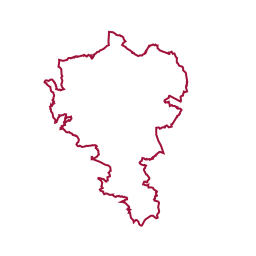 Valle de Guadalupe, Jalisco, Mexico, rotated 255°
{"feature_id": "50627088B71389499937182", "entity_name": "Valle de Guadalupe", "entity_type": "district", "adm_level": 2, "iso_a3": "MEX", "parent_name": "Mexico", "parent_adm1": "Jalisco", "projection": "albers", "projection_center": [-102.657, 21.043], "detail": "fine", "context": "isolated", "style": "outline", "palette": "rose", "viewbox_px": 256, "rotation_deg": 255, "n_neighbors": 0, "source": "geoboundaries", "source_scale": "gbopen_adm2", "svg_char_len": 5783}
<svg xmlns="http://www.w3.org/2000/svg" viewBox="0 0 256 256"><g transform="rotate(255 128 128)"><path d="M191.4,60.7L188.9,62.4L187.9,63.6L183.9,63.2L182.6,63.8L181.7,65.0L179.5,65.0L178.2,65.0L176.8,63.9L175.3,63.5L174.5,62.3L172.8,63.3L172.5,62.7L171.4,63.0L171.6,62.2L170.6,62.3L170.3,61.1L169.1,60.5L169.2,60.1L170.5,59.7L168.6,58.6L168.6,58.2L167.4,58.4L166.7,57.9L166.4,58.3L163.9,58.0L161.6,58.9L157.6,58.5L154.8,60.0L152.0,59.0L152.1,60.2L153.1,60.0L153.5,60.7L153.3,61.3L156.2,63.4L156.4,64.4L158.2,64.9L157.9,65.8L157.4,66.1L157.3,68.4L157.8,70.6L157.1,71.7L154.9,71.0L154.4,70.7L154.4,70.1L152.7,69.5L154.1,71.9L153.6,74.3L153.7,75.9L151.7,75.8L150.0,73.7L150.1,73.2L150.7,73.1L151.0,72.7L149.7,69.4L150.3,69.3L149.9,68.5L150.6,68.1L150.0,67.5L149.3,67.8L148.0,67.3L148.6,68.1L147.2,68.0L147.1,64.5L145.6,64.2L145.7,63.0L144.4,62.5L144.3,65.2L143.2,65.5L142.4,66.2L140.3,67.1L139.4,68.3L139.4,70.1L138.6,70.4L136.9,72.6L135.6,72.8L135.3,73.9L134.6,74.3L134.5,75.4L133.7,75.6L133.1,76.7L128.9,77.7L129.1,77.6L128.3,76.9L127.2,76.3L126.6,74.8L125.4,73.9L123.5,74.8L123.1,75.8L123.4,76.9L121.5,78.8L121.3,81.9L121.6,83.4L121.1,84.2L120.5,88.5L120.7,89.1L120.3,89.6L120.0,91.7L119.1,92.9L118.4,93.1L118.1,92.1L116.9,91.6L116.2,92.4L115.5,92.5L115.3,93.1L114.1,93.1L113.4,93.5L112.2,93.0L109.9,93.0L109.7,92.2L108.4,90.7L107.3,86.8L107.6,86.2L110.2,85.7L107.2,84.8L107.1,85.8L107.5,86.0L106.7,86.4L102.5,92.2L98.5,96.4L96.7,99.5L94.7,100.7L91.1,100.2L91.1,99.4L89.9,98.2L89.9,97.7L87.3,98.3L86.0,98.0L85.8,95.4L82.7,94.9L82.7,94.2L81.8,93.3L82.0,92.8L84.9,91.2L87.1,87.3L86.4,87.0L88.0,86.3L86.4,86.3L85.3,87.9L82.0,89.0L78.9,87.6L78.5,87.1L76.6,88.0L75.9,84.9L74.5,85.2L73.0,87.6L72.1,87.4L70.2,87.8L70.1,88.4L70.5,89.1L70.2,90.6L68.1,93.0L67.6,96.2L67.2,95.9L65.8,96.8L64.5,98.4L65.0,99.3L64.9,100.6L64.5,101.3L64.7,101.9L63.7,102.8L63.4,103.4L63.7,104.4L62.5,105.5L62.5,106.6L61.9,107.0L61.2,108.7L60.4,109.0L59.3,108.6L59.3,106.4L59.1,105.9L58.4,105.7L58.8,104.3L58.4,102.2L57.8,103.8L56.4,105.9L51.6,108.7L50.0,108.3L50.5,107.6L50.2,107.1L50.1,107.7L49.0,108.1L48.5,108.8L48.3,108.2L48.9,107.0L48.5,106.9L48.1,107.4L47.2,107.5L45.9,106.8L45.8,108.0L40.6,107.6L37.4,109.3L35.5,109.1L37.1,111.6L36.8,112.6L34.9,113.8L32.3,113.9L30.8,114.8L30.2,115.7L30.3,116.3L34.4,120.1L35.2,121.3L37.3,127.4L36.8,129.4L33.5,131.8L33.6,133.3L34.1,133.6L36.0,133.3L37.3,134.3L38.4,136.0L39.7,136.6L43.6,136.6L47.9,138.7L49.4,137.8L50.9,135.0L52.2,134.5L52.8,135.2L52.7,135.7L53.0,136.0L55.0,136.3L55.1,138.4L56.0,138.4L56.4,137.9L58.4,138.2L59.0,138.6L58.7,139.3L59.2,139.6L62.2,136.9L63.8,136.6L64.9,134.4L65.1,132.5L66.9,132.4L67.9,132.9L67.6,131.3L69.6,128.0L71.9,129.6L71.9,130.6L70.7,131.6L70.6,132.6L71.7,133.0L73.3,135.4L74.0,135.7L77.7,134.4L78.4,133.5L83.3,132.5L84.3,132.9L84.8,134.0L86.0,134.6L87.0,135.7L88.1,134.4L87.9,133.6L89.2,131.5L90.8,130.3L91.5,130.2L92.2,130.9L92.7,132.7L95.3,134.2L94.3,135.8L93.7,136.0L93.5,136.8L93.1,137.0L93.4,138.0L92.6,138.3L92.5,140.3L91.7,140.8L92.2,141.3L91.9,142.5L92.6,143.2L92.1,143.6L92.3,143.8L92.1,144.3L93.4,144.5L93.4,145.6L94.2,146.4L94.0,147.5L95.0,148.1L94.9,148.6L95.9,149.9L96.1,151.0L96.7,151.8L96.7,152.7L94.5,155.8L102.4,155.3L107.8,154.0L114.4,153.6L120.9,155.3L120.6,157.7L120.0,158.3L119.0,158.6L119.6,161.0L119.5,162.9L119.8,163.5L119.1,163.8L120.1,164.9L120.5,165.8L120.3,166.3L118.1,167.6L118.0,170.5L120.3,170.8L120.1,171.7L125.7,177.6L125.7,178.2L126.9,178.5L127.3,180.5L128.1,180.9L128.3,181.7L129.9,182.5L131.3,184.2L131.8,184.4L133.3,183.3L133.9,180.8L134.5,180.5L135.2,181.2L135.9,180.3L135.7,179.9L137.2,178.9L137.5,177.2L138.9,176.3L138.4,174.1L140.9,174.3L141.9,174.1L142.1,173.6L142.8,174.0L142.8,170.7L143.3,170.4L144.6,170.7L144.8,170.3L145.4,170.7L146.7,175.3L148.2,175.8L148.4,176.5L139.9,185.6L140.6,186.2L144.6,186.9L145.0,187.6L145.1,189.5L146.5,190.0L147.8,191.1L148.5,191.1L148.8,191.4L147.9,192.3L148.0,194.5L152.4,194.5L153.5,195.0L153.5,195.7L154.9,195.8L155.2,196.5L157.1,196.6L157.2,197.2L166.5,198.1L169.4,196.2L171.3,196.7L173.0,196.5L174.7,193.8L175.5,193.3L177.3,193.1L178.2,192.3L179.0,192.2L182.1,193.0L182.8,193.5L184.3,192.6L188.0,192.1L188.1,190.4L190.4,189.9L189.9,186.8L189.8,187.1L188.9,187.1L188.9,186.7L190.3,186.4L190.0,185.3L192.6,181.9L192.7,181.4L194.2,179.8L194.4,179.1L197.5,177.2L200.0,177.9L200.0,177.2L201.4,176.1L200.9,175.5L201.1,174.9L202.2,173.9L201.9,172.6L202.0,169.8L201.2,169.9L200.8,168.6L198.0,165.8L198.0,165.2L196.9,164.7L196.3,163.8L195.9,164.0L196.0,164.5L195.6,164.2L195.0,161.2L194.4,160.1L195.1,158.1L194.8,156.6L197.6,153.5L198.5,153.3L198.5,152.9L199.7,152.2L199.4,151.6L199.7,151.3L200.7,151.4L202.2,150.3L205.0,147.5L206.6,146.8L209.7,143.8L211.4,145.5L212.4,148.0L214.5,146.9L216.9,146.9L218.5,145.5L218.7,144.6L219.8,144.1L220.1,142.3L221.0,140.8L221.5,140.8L224.4,138.2L225.8,134.6L215.8,131.3L213.1,131.0L212.7,128.8L210.7,124.9L210.1,120.9L209.3,120.0L209.4,117.9L208.5,116.6L207.6,113.9L206.8,114.0L204.4,111.4L204.5,110.9L206.3,110.6L206.7,111.0L206.7,111.4L207.4,111.5L207.1,110.9L207.7,110.7L208.0,110.2L207.7,109.8L208.9,108.7L207.7,106.9L207.9,106.3L208.7,106.0L209.9,104.6L209.2,103.9L209.8,103.4L209.8,97.4L210.4,97.4L210.8,96.3L210.0,94.6L210.7,94.3L210.2,93.1L210.5,92.5L210.1,91.9L210.4,90.8L210.2,90.5L210.7,89.9L211.0,88.7L210.1,87.2L209.6,87.0L209.6,84.4L209.7,82.5L211.7,79.1L209.8,78.7L205.1,76.7L204.1,77.8L202.2,78.8L196.4,77.6L195.0,78.0L193.9,76.5L190.9,76.9L188.7,75.9L188.3,75.3L186.6,74.7L184.0,75.1L182.1,76.2L181.9,72.4L182.8,72.0L182.8,70.8L183.4,69.8L183.9,69.7L184.2,68.7L186.4,69.6L187.2,69.1L188.6,69.5L189.1,69.1L190.8,69.0L191.2,68.5L191.9,68.6L192.9,67.9L194.3,67.4L194.8,66.0L194.0,63.5L194.9,62.0L195.3,60.8L194.3,59.4L193.5,59.2L192.3,60.9L191.4,60.7Z" fill="none" stroke="#9f1239" stroke-width="2"/></g></svg>